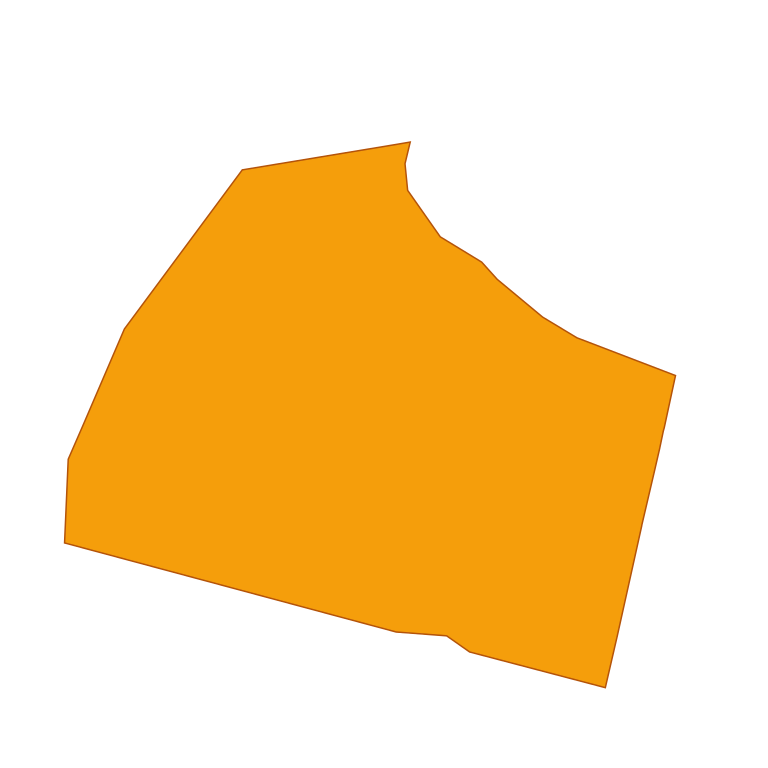 the district of Logan, Kentucky, United States of America, rotated 284°
{"feature_id": "52423323B14651853731347", "entity_name": "Logan", "entity_type": "district", "adm_level": 2, "iso_a3": "USA", "parent_name": "United States of America", "parent_adm1": "Kentucky", "projection": "albers", "projection_center": [-86.828, 36.858], "detail": "fine", "context": "isolated", "style": "filled", "palette": "amber", "viewbox_px": 768, "rotation_deg": 284, "n_neighbors": 0, "source": "geoboundaries", "source_scale": "gbopen_adm2", "svg_char_len": 506}
<svg xmlns="http://www.w3.org/2000/svg" viewBox="0 0 768 768"><g transform="rotate(284 384 384)"><path d="M625.1,350.9L619.8,338.8L557.5,194.7L374.6,118.8L272.0,102.1L234.6,95.8L152.5,112.5L146.3,455.8L154.8,505.7L144.7,531.9L142.9,672.2L195.9,671.3L308.7,668.4L309.3,668.3L365.0,667.5L387.7,667.1L403.5,666.5L405.9,666.4L409.3,666.5L462.7,664.8L475.5,560.0L487.3,521.7L512.9,468.6L525.9,449.3L540.4,403.0L577.6,360.1L602.8,351.1L625.1,350.9Z" fill="#f59e0b" stroke="#b45309" stroke-width="1.5"/></g></svg>